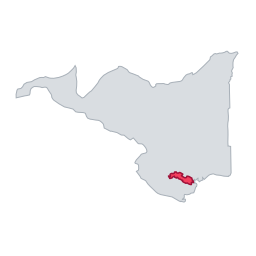 Moungo, Littoral, Cameroon shown in context, rotated 269°
{"feature_id": "32672807B47378783864223", "entity_name": "Moungo", "entity_type": "district", "adm_level": 2, "iso_a3": "CMR", "parent_name": "Cameroon", "parent_adm1": "Littoral", "projection": "albers", "projection_center": [9.759, 4.725], "detail": "fine", "context": "in_parent", "style": "filled", "palette": "rose", "viewbox_px": 256, "rotation_deg": 269, "n_neighbors": 0, "source": "geoboundaries", "source_scale": "gbopen_adm2", "svg_char_len": 4969}
<svg xmlns="http://www.w3.org/2000/svg" viewBox="0 0 256 256"><g transform="rotate(269 128 128)"><path d="M53.5,179.5L54.0,178.0L58.3,170.9L60.9,159.4L62.1,156.7L63.4,155.0L69.5,148.9L71.7,146.9L75.1,144.7L77.4,140.2L78.2,139.8L79.2,139.4L84.5,135.6L84.9,136.3L85.3,137.2L85.7,137.7L87.4,138.0L89.7,137.9L91.1,137.7L91.8,136.9L92.5,134.8L92.9,134.4L93.5,134.3L96.0,135.8L100.3,139.9L101.3,140.6L101.8,141.4L102.7,145.2L103.3,146.1L104.2,146.5L105.8,146.3L107.5,145.6L109.0,144.6L110.5,143.4L111.5,142.3L111.9,141.4L112.1,138.3L112.5,137.7L117.9,133.2L117.8,132.8L116.9,131.5L116.1,130.2L116.9,128.7L117.7,127.6L120.9,123.9L121.1,121.2L123.6,117.0L125.1,111.4L125.1,110.3L128.4,104.2L131.9,103.6L133.2,102.8L134.7,101.2L135.7,99.8L136.2,98.5L136.5,95.9L137.1,92.9L137.5,90.3L138.5,87.9L140.3,86.7L143.3,85.7L143.7,85.2L144.2,83.6L144.6,78.3L145.1,76.0L147.9,73.3L149.1,69.2L150.2,64.8L153.3,59.6L157.0,54.4L158.7,53.0L160.2,52.3L161.9,52.2L163.0,51.8L167.0,49.2L168.7,48.3L169.9,47.4L170.2,46.6L170.3,45.5L169.9,42.8L170.6,40.8L171.0,37.8L171.1,35.4L171.0,34.6L170.2,33.2L169.0,31.7L167.0,30.9L164.2,30.6L162.8,30.1L162.2,27.4L162.0,25.7L160.1,16.7L163.6,16.7L167.8,17.7L168.9,18.5L169.4,21.6L171.0,23.3L173.6,24.8L175.3,27.7L176.0,32.3L177.5,34.9L177.8,35.4L179.9,40.5L180.1,42.8L179.9,44.4L180.8,46.4L179.5,49.8L179.1,51.8L179.0,54.7L179.8,59.8L181.1,63.8L182.5,67.0L183.9,69.4L186.4,72.2L188.9,74.7L191.3,76.2L189.1,77.2L184.8,77.3L182.4,76.8L181.2,76.8L180.0,77.1L175.5,77.6L170.8,77.4L166.6,76.8L164.0,77.0L162.0,78.5L160.3,80.8L158.8,82.6L159.4,84.6L160.5,85.7L162.8,88.2L164.8,90.5L165.8,92.1L169.8,95.6L173.6,98.7L175.4,99.7L176.1,100.0L178.2,101.7L181.1,104.6L183.8,109.2L187.6,118.4L188.4,119.2L189.7,119.6L189.8,120.6L189.7,122.1L189.3,123.2L186.4,128.1L183.8,130.0L183.1,131.1L182.1,133.9L179.8,139.4L178.8,140.2L176.4,143.9L174.6,148.6L174.1,149.3L173.3,149.9L170.6,151.1L169.7,151.7L168.3,153.1L168.1,154.1L168.8,155.4L169.5,156.5L171.0,156.5L171.8,157.5L171.8,164.7L171.2,165.8L171.2,166.3L170.9,167.5L170.8,168.9L171.0,169.5L171.6,169.9L172.3,170.9L172.8,173.1L173.7,181.0L174.2,182.2L174.9,183.1L177.4,184.7L179.9,186.9L180.7,188.4L181.2,190.7L182.2,192.6L182.2,193.2L181.8,193.5L180.2,193.7L180.7,195.0L182.1,197.4L188.6,204.6L194.8,211.0L196.3,211.4L197.4,211.6L197.8,211.9L198.4,212.9L200.5,215.2L200.9,216.6L200.5,217.9L201.0,219.9L201.3,220.6L201.2,221.3L201.4,223.7L202.0,225.9L203.0,227.7L202.9,229.0L201.7,229.7L201.0,230.9L200.8,232.6L201.2,234.6L202.1,237.0L202.2,238.4L200.7,239.3L199.0,237.7L197.1,236.6L194.4,234.7L191.6,234.1L188.0,234.0L186.5,234.2L183.8,232.7L182.9,232.5L181.8,233.1L180.9,233.2L179.9,232.9L177.9,233.0L177.7,231.8L177.4,231.6L175.2,231.7L174.5,230.8L174.2,230.9L173.3,230.6L171.5,229.3L169.7,230.2L165.8,230.1L146.3,230.2L145.8,229.0L144.9,228.4L143.1,228.3L138.0,228.6L134.0,228.4L131.3,227.9L128.0,227.7L123.9,227.9L119.8,227.9L112.3,227.6L108.2,227.7L108.3,228.4L108.0,229.0L107.8,230.3L81.3,230.3L79.2,229.4L78.5,228.8L78.3,227.7L77.8,227.6L78.2,223.0L79.1,219.2L79.5,215.6L80.7,212.4L80.0,209.3L79.3,207.9L75.3,203.4L77.1,201.7L74.7,202.0L74.2,200.3L73.0,198.3L73.7,198.0L74.4,196.9L76.6,197.2L76.5,196.7L74.7,195.0L74.8,194.2L75.6,193.3L75.2,192.9L73.9,193.8L72.9,193.8L72.1,193.2L71.6,193.1L71.9,194.3L71.2,195.5L70.5,195.9L69.2,195.8L68.2,195.5L68.0,194.9L67.0,194.4L64.4,193.6L62.1,192.6L61.7,189.8L60.8,188.7L60.5,187.3L60.2,185.8L60.6,183.5L60.0,183.1L59.3,183.0L58.4,183.1L57.5,183.0L56.4,181.7L55.5,181.2L56.1,183.6L55.4,184.2L53.8,184.0L53.1,183.1L53.0,182.5L53.8,179.6L53.5,179.5Z" fill="#d9dde1" stroke="#a8b0b8" stroke-width="1"/><path d="M71.9,192.3L72.3,192.5L72.6,192.4L73.1,192.3L73.9,192.3L74.0,192.1L74.3,191.9L74.5,191.5L76.9,190.8L77.2,190.1L77.6,189.4L78.0,189.0L78.5,187.8L78.8,186.8L78.7,186.0L77.8,185.7L77.4,185.3L77.3,185.0L77.3,183.8L77.7,183.1L77.9,182.6L78.1,182.3L78.4,182.1L78.6,181.8L78.6,181.6L78.8,181.3L79.3,180.7L79.6,180.7L79.8,181.0L80.1,181.4L80.3,181.7L80.6,181.9L81.0,181.9L81.5,181.1L82.0,180.3L82.3,179.7L82.5,179.3L82.6,178.9L82.5,178.4L82.1,177.8L82.0,176.9L82.3,176.1L82.6,175.8L83.0,175.3L83.3,175.2L83.2,174.8L83.1,174.6L83.1,173.8L82.0,173.4L81.5,172.1L81.8,171.5L81.8,171.1L81.8,170.7L81.4,169.8L80.9,169.3L80.4,169.3L80.1,169.3L79.7,169.6L79.4,169.6L79.0,169.5L78.9,169.2L79.0,168.8L79.2,167.8L78.5,167.8L78.3,168.0L77.9,168.8L77.6,168.9L76.9,168.8L76.8,169.1L77.0,169.8L77.3,171.1L78.1,171.7L79.0,173.4L78.9,173.6L78.3,173.7L78.0,173.8L77.2,175.4L77.2,175.8L77.8,176.1L77.8,176.3L77.8,176.5L77.0,177.3L76.1,178.2L75.9,179.4L74.8,180.9L74.8,181.6L74.3,181.8L73.6,181.6L73.2,182.2L72.8,182.8L72.4,183.5L72.2,184.1L71.8,184.6L71.8,185.2L71.8,185.5L72.0,186.2L71.7,186.7L71.6,186.9L71.4,187.1L71.3,187.3L71.1,187.6L70.9,188.1L70.7,188.3L70.5,189.2L70.3,190.0L70.4,190.3L70.9,190.4L71.2,190.6L72.1,190.5L72.3,190.4L72.5,190.5L72.4,191.0L72.6,191.3L72.8,191.5L72.6,191.7L72.4,192.1L72.2,192.3L71.9,192.3Z" fill="#f43f5e" stroke="#9f1239" stroke-width="1.5"/></g></svg>